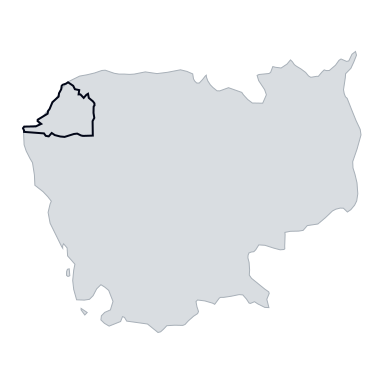 Bântéay Méanchey on a map of Cambodia (Mercator projection)
{"feature_id": "KHM-1777", "entity_name": "Bântéay Méanchey", "entity_type": "Province", "adm_level": 1, "iso_a3": "KHM", "parent_name": "Cambodia", "parent_adm1": "", "projection": "mercator", "projection_center": [102.955, 13.824], "detail": "coarse", "context": "in_parent", "style": "outline", "palette": "ink", "viewbox_px": 384, "rotation_deg": 0, "n_neighbors": 0, "source": "natural_earth", "source_scale": "10m", "svg_char_len": 3243}
<svg xmlns="http://www.w3.org/2000/svg" viewBox="0 0 384 384"><path d="M355.5,51.5L356.5,55.2L353.8,62.0L350.9,68.3L345.6,73.7L345.3,77.7L343.5,89.7L344.2,93.5L345.4,96.7L347.2,98.4L351.8,110.1L356.1,120.7L360.2,129.4L361.0,134.9L357.1,148.9L352.7,161.7L353.0,168.0L355.0,174.4L357.0,182.9L357.8,193.8L356.7,200.9L354.6,205.2L350.8,209.7L347.4,212.0L343.4,208.2L340.2,208.1L335.8,209.2L332.4,211.0L325.5,217.6L317.9,224.0L307.3,225.6L303.1,230.4L298.7,231.1L290.3,231.3L284.9,232.4L285.1,234.8L284.7,246.1L284.8,248.8L283.9,249.5L280.1,249.8L273.7,248.1L265.0,245.3L258.8,244.9L255.7,249.8L253.8,251.7L251.4,252.0L249.0,252.9L248.1,255.1L247.9,257.8L249.1,262.5L249.6,270.0L249.3,275.1L251.5,278.3L264.8,289.1L268.7,291.8L269.2,293.4L266.8,299.3L268.9,307.6L264.8,307.4L257.8,303.9L254.5,301.7L250.5,303.4L249.1,303.1L246.4,299.0L242.8,294.9L239.1,294.6L231.4,296.2L223.5,297.4L220.5,297.4L219.3,298.1L214.7,304.3L212.7,303.2L204.8,300.9L197.5,300.0L196.0,301.6L196.9,306.6L198.5,311.5L197.6,313.6L193.6,316.2L188.3,320.9L185.0,324.5L182.8,325.4L174.8,325.2L166.8,325.7L163.6,329.1L160.6,331.8L158.0,332.5L147.5,324.0L126.7,321.1L124.5,317.4L122.5,316.6L120.6,321.5L109.1,326.1L104.4,323.3L100.9,319.9L101.4,315.8L104.7,312.4L110.4,309.9L113.0,301.4L108.7,290.4L104.9,287.2L100.9,284.7L96.7,288.8L93.1,295.7L89.5,299.3L84.3,300.1L76.6,299.8L73.7,289.4L72.7,280.5L73.7,270.3L74.9,264.2L67.6,255.9L67.1,247.9L63.6,243.8L62.6,245.9L62.7,248.2L61.6,246.5L50.1,223.2L48.1,212.4L50.1,204.0L51.3,201.2L47.9,196.8L43.2,191.8L34.9,185.3L34.4,174.9L32.5,162.7L30.0,158.5L26.2,151.0L24.1,144.8L23.4,128.2L24.5,126.9L30.4,126.4L37.9,125.2L39.1,122.6L37.8,120.3L42.6,116.6L49.6,108.4L54.9,99.8L58.8,94.4L61.1,89.0L68.9,81.4L79.6,76.1L86.9,74.8L94.5,73.0L101.8,70.5L105.2,70.2L114.3,73.3L119.1,74.1L124.3,74.1L129.6,74.4L134.2,74.1L145.3,71.9L157.0,73.6L167.5,72.3L180.5,69.8L186.9,71.4L192.7,73.9L193.5,78.9L194.8,81.2L196.7,83.0L199.3,83.0L202.6,79.5L205.4,75.9L206.3,75.2L206.4,77.0L207.8,80.9L210.3,84.8L212.8,87.4L217.0,90.8L219.7,90.9L228.5,87.7L241.8,92.4L243.4,94.8L247.7,99.5L252.3,103.0L262.7,103.2L266.4,94.8L264.6,89.6L258.7,80.7L257.1,75.4L259.0,74.5L269.0,73.5L270.6,72.4L272.8,66.6L275.6,67.3L281.1,68.0L287.0,64.1L290.5,59.9L292.4,61.8L294.4,64.7L296.7,66.4L300.9,68.9L305.6,72.4L308.5,75.9L310.8,77.3L316.8,76.3L318.3,76.4L321.8,72.2L324.2,69.9L326.3,70.6L329.3,70.5L335.5,65.2L339.0,60.3L341.0,59.0L346.6,61.4L348.8,60.9L352.0,54.2L355.5,51.5ZM69.8,275.7L68.6,276.3L67.6,276.3L66.5,275.3L66.6,271.6L67.4,269.3L69.2,268.8L69.8,275.7ZM87.2,312.5L84.8,315.0L81.1,309.9L81.1,308.4L87.2,312.5Z" fill="#d9dde1" stroke="#a8b0b8" stroke-width="1"/><path d="M24.2,126.6L35.8,126.4L41.2,123.9L37.6,121.1L37.7,119.7L47.6,113.7L48.1,111.0L49.6,109.0L52.4,102.2L58.6,96.6L59.0,93.3L61.2,89.3L61.7,85.8L62.7,84.8L66.1,83.6L68.0,82.3L73.2,85.8L74.9,89.2L79.2,90.1L78.6,94.4L80.4,94.4L83.7,97.9L86.4,94.8L88.0,93.8L88.8,97.9L93.0,101.4L94.4,103.3L94.5,105.4L93.7,106.4L93.6,107.8L93.5,112.9L94.3,117.9L92.6,121.1L92.8,135.6L83.0,135.9L81.1,135.5L77.2,133.6L73.9,134.0L64.6,136.9L60.3,136.5L54.8,135.1L51.7,133.0L48.8,136.3L48.2,136.3L45.7,135.8L44.0,133.4L24.1,131.9L24.1,130.6L23.0,128.2L24.2,126.6Z" fill="none" stroke="#020617" stroke-width="2"/></svg>